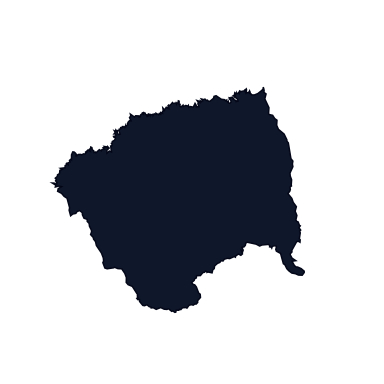 Sao Miguel Arcanjo, São Miguel, Cabo Verde (Albers equal-area conic projection), rotated 291°
{"feature_id": "66160863B69203973191500", "entity_name": "Sao Miguel Arcanjo", "entity_type": "district", "adm_level": 2, "iso_a3": "CPV", "parent_name": "Cabo Verde", "parent_adm1": "São Miguel", "projection": "albers", "projection_center": [-23.626, 15.191], "detail": "fine", "context": "isolated", "style": "filled", "palette": "ink", "viewbox_px": 384, "rotation_deg": 291, "n_neighbors": 0, "source": "geoboundaries", "source_scale": "gbopen_adm2", "svg_char_len": 5998}
<svg xmlns="http://www.w3.org/2000/svg" viewBox="0 0 384 384"><g transform="rotate(291 192 192)"><path d="M233.9,283.0L233.3,282.4L239.1,280.6L242.1,278.0L244.7,276.7L251.8,277.1L254.1,275.7L257.0,275.1L258.6,272.4L272.4,264.3L273.4,262.5L274.8,261.8L279.1,257.2L281.5,250.2L284.7,247.1L289.5,245.6L290.2,242.9L292.5,239.8L292.0,236.4L292.6,235.4L298.3,233.6L305.0,226.6L310.1,226.0L310.8,223.4L312.5,223.0L314.0,222.1L315.5,220.9L314.1,221.5L311.9,220.8L307.5,218.2L304.9,215.4L304.0,212.7L304.8,211.9L304.7,210.6L305.9,210.6L307.0,209.5L305.2,209.5L305.3,208.9L303.6,207.1L305.1,206.7L304.4,206.1L304.8,205.5L306.9,206.3L307.7,205.7L305.9,204.9L305.6,205.3L305.8,204.6L305.2,204.6L303.3,201.7L303.5,200.3L301.9,200.1L301.8,200.9L300.7,200.9L301.4,199.8L300.4,199.3L299.9,198.0L300.3,197.8L299.3,197.7L299.9,196.4L298.4,196.7L298.3,197.3L296.6,196.0L296.5,197.1L297.5,197.2L297.6,197.4L296.5,197.6L296.9,198.2L295.8,198.6L295.0,201.2L293.3,202.4L292.2,200.8L293.1,200.5L293.3,197.4L294.2,197.4L293.8,197.0L294.9,196.0L294.4,194.6L292.9,194.3L293.6,194.2L293.4,193.3L293.1,193.8L292.3,193.4L291.6,195.3L290.0,196.3L288.2,195.4L288.1,194.4L289.7,193.3L288.7,193.0L289.3,191.7L290.2,191.4L289.2,190.7L289.9,189.4L289.1,186.2L290.5,180.0L289.2,178.3L287.2,178.5L283.2,176.3L282.6,174.8L283.3,173.5L282.6,172.7L283.4,170.8L282.5,169.9L282.2,167.4L280.7,169.3L279.6,168.4L280.1,167.0L278.5,167.4L279.3,165.8L279.2,164.0L277.9,165.8L276.5,165.9L274.1,167.8L273.0,165.4L274.5,164.8L275.8,163.1L271.7,162.8L271.2,159.9L269.9,158.7L271.6,157.6L270.7,157.3L270.6,155.2L268.7,153.3L269.9,152.5L267.4,151.2L267.7,150.0L269.5,149.5L269.2,148.6L272.2,147.4L272.2,146.6L270.5,146.9L269.2,146.2L269.5,145.6L268.6,145.9L269.3,145.0L267.9,142.7L268.5,141.7L264.7,140.4L264.9,139.1L264.0,138.7L261.5,140.9L261.1,139.1L262.0,138.7L261.9,137.6L258.3,136.9L257.3,137.5L258.3,136.4L259.0,136.7L260.0,134.7L257.6,136.0L255.6,135.5L254.9,136.2L254.9,135.0L253.9,135.0L254.5,134.3L253.1,134.4L253.5,133.3L252.1,133.1L252.6,130.2L251.6,130.6L251.4,128.7L249.7,128.3L250.5,128.0L250.3,127.2L249.2,126.1L249.4,125.3L248.6,125.4L249.3,124.8L249.1,124.6L248.7,125.0L248.6,124.9L249.3,123.5L248.8,123.1L247.1,123.9L246.4,123.0L247.8,121.9L247.7,121.0L248.9,119.8L248.7,118.7L248.1,118.6L248.8,118.2L248.1,117.4L247.0,118.5L247.0,117.2L245.6,116.4L243.5,116.7L243.0,115.8L244.0,115.2L243.0,112.1L241.4,111.3L242.6,106.6L241.1,107.6L239.1,107.0L236.6,109.6L236.2,108.1L234.5,107.4L232.5,107.3L231.8,108.0L229.4,106.9L230.4,106.2L228.0,106.2L228.5,105.2L227.9,104.5L228.4,104.1L228.1,103.5L227.0,103.7L226.4,101.8L226.2,102.9L225.3,102.8L224.5,101.5L223.2,101.7L220.2,104.2L219.3,102.8L220.5,101.0L223.3,100.2L221.1,100.4L222.6,98.6L221.1,98.6L221.2,97.7L220.1,99.0L218.3,98.4L218.7,99.4L218.0,100.8L217.0,100.6L215.8,98.8L215.1,99.6L215.2,101.1L214.3,101.4L212.4,101.0L210.6,99.5L209.1,99.9L208.6,99.4L208.2,100.2L206.2,100.5L205.8,99.6L200.5,102.5L200.6,100.1L197.8,98.7L200.2,97.5L203.3,98.9L204.2,96.8L203.2,96.9L203.7,96.3L203.0,95.7L203.4,95.3L203.2,94.4L202.8,95.5L202.6,94.3L202.1,94.9L202.3,94.1L201.4,94.5L202.2,93.8L201.4,93.1L200.5,94.9L199.3,92.7L198.2,92.5L198.8,91.8L198.4,92.1L198.0,91.4L198.3,90.3L194.2,88.3L194.7,87.4L193.7,86.3L195.4,85.3L195.5,83.9L197.6,82.6L197.7,81.4L196.3,81.7L195.0,80.9L193.6,82.2L193.9,79.8L191.3,78.6L190.9,77.7L191.3,79.3L189.0,78.4L188.8,77.2L186.8,75.2L187.2,75.4L187.2,74.6L186.3,72.4L184.5,71.5L184.2,70.7L185.4,70.9L186.5,69.3L187.1,67.6L186.7,66.3L183.5,66.2L179.0,67.9L179.3,67.2L177.6,66.3L176.3,67.4L174.6,65.7L173.3,66.4L174.0,64.8L173.6,64.5L172.6,65.2L171.3,64.1L169.1,64.8L167.0,60.8L166.7,62.7L164.9,60.9L161.7,61.7L159.8,60.3L158.3,60.7L155.9,59.4L155.2,60.9L153.5,60.6L152.6,62.6L151.9,62.2L151.2,62.9L150.5,61.9L150.9,60.1L150.3,58.4L149.6,62.3L147.7,62.6L149.8,65.5L150.3,68.3L147.2,65.9L144.5,66.3L144.0,70.7L142.1,74.2L141.4,77.6L133.4,83.4L131.0,83.8L126.3,87.2L128.7,88.6L130.4,91.2L132.6,91.7L134.4,93.8L133.4,97.0L131.4,97.9L128.8,100.6L128.9,104.0L127.0,104.7L125.8,107.2L123.2,108.6L120.4,111.7L118.9,112.5L115.9,112.6L114.1,116.2L112.8,116.9L111.1,119.7L107.8,121.9L102.6,129.3L98.7,132.8L95.9,134.2L94.1,134.1L89.8,137.9L89.9,140.3L93.2,146.1L94.0,146.6L93.9,150.3L95.1,153.9L92.0,158.4L88.6,161.4L84.0,163.0L82.6,165.6L82.5,170.1L76.6,178.1L75.3,178.2L74.2,179.5L73.2,178.7L73.0,179.5L72.6,179.1L72.1,180.0L72.8,181.6L71.0,182.3L68.5,186.7L68.8,188.4L70.6,190.4L69.6,193.2L69.9,194.8L69.1,195.4L70.1,197.3L69.6,200.6L72.9,204.2L72.6,208.0L73.4,210.7L74.6,211.8L73.3,215.8L74.1,216.7L73.5,219.1L74.0,219.9L76.0,219.6L76.9,222.1L78.0,222.4L78.2,223.7L80.5,224.6L82.0,227.9L81.8,228.9L85.3,229.9L86.6,231.9L86.8,233.7L88.5,234.8L88.8,236.0L90.9,236.9L92.5,236.2L96.6,237.7L99.5,236.3L100.0,234.5L104.9,230.1L106.3,227.8L106.1,226.3L107.3,224.1L110.2,225.7L111.9,225.6L113.3,226.8L115.5,226.3L117.0,229.8L120.6,231.0L121.6,232.5L122.9,232.9L123.0,234.3L122.3,234.8L123.0,235.4L123.7,239.7L126.9,239.3L128.4,240.2L131.1,239.6L134.5,241.4L136.2,243.2L138.3,243.8L138.7,245.7L140.8,246.2L142.8,248.8L143.3,251.0L146.8,254.5L146.7,255.8L147.4,255.5L150.7,257.5L150.4,260.3L152.3,261.3L154.8,259.3L154.3,260.7L156.1,260.6L158.1,258.4L159.5,260.3L161.4,260.9L163.4,260.5L164.9,261.5L166.3,270.6L165.8,274.5L167.6,276.3L170.5,282.2L169.8,283.8L168.6,284.1L168.9,285.8L168.3,286.5L169.6,286.4L171.1,287.6L171.7,289.6L171.2,290.4L168.4,290.8L167.0,292.0L166.4,296.7L157.8,303.0L157.3,304.9L154.4,308.0L153.1,310.7L152.1,314.2L152.8,317.9L152.6,321.1L153.8,324.7L157.0,325.6L158.3,325.1L159.6,321.4L159.8,317.4L159.3,316.4L160.0,314.0L163.2,310.2L165.1,313.5L166.1,309.1L168.6,306.2L169.6,305.9L171.8,306.8L173.4,306.1L183.3,307.5L184.1,309.3L183.8,310.8L186.2,310.1L186.7,309.0L192.7,307.7L194.1,306.5L195.4,307.1L197.0,304.6L199.2,305.2L199.4,304.2L202.1,301.8L202.1,300.3L203.1,299.0L207.7,298.3L211.0,295.2L215.7,294.7L218.6,290.2L221.8,287.5L224.9,282.1L227.6,283.0L229.6,282.9L231.5,281.7L233.9,283.0Z" fill="#0f172a" stroke="#020617" stroke-width="1.5"/></g></svg>